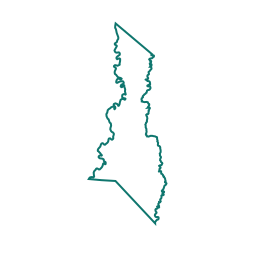 outline of Puerto Leguízamo, Putumayo, Colombia, rotated 238°
{"feature_id": "7082276B4639527364844", "entity_name": "Puerto Leguízamo", "entity_type": "district", "adm_level": 2, "iso_a3": "COL", "parent_name": "Colombia", "parent_adm1": "Putumayo", "projection": "robinson", "projection_center": [-74.996, 0.082], "detail": "fine", "context": "isolated", "style": "outline", "palette": "teal", "viewbox_px": 256, "rotation_deg": 238, "n_neighbors": 0, "source": "geoboundaries", "source_scale": "gbopen_adm2", "svg_char_len": 5966}
<svg xmlns="http://www.w3.org/2000/svg" viewBox="0 0 256 256"><g transform="rotate(238 128 128)"><path d="M223.2,172.9L221.4,171.3L219.8,170.2L218.1,170.1L214.6,168.8L210.2,167.9L209.5,167.5L208.7,166.9L208.0,165.3L206.9,164.3L206.7,163.4L206.7,162.0L206.4,161.4L205.7,161.1L204.3,161.9L203.6,162.0L203.3,161.8L201.3,158.2L200.8,157.6L199.4,157.4L198.2,157.9L197.8,158.5L197.0,160.3L196.1,160.6L195.3,160.4L194.5,159.8L194.3,156.9L194.0,155.8L193.5,155.3L192.8,155.1L192.1,155.3L191.8,157.1L191.4,157.7L190.7,157.9L190.2,157.6L189.0,156.8L187.0,154.9L186.4,154.7L186.1,154.4L186.3,152.2L187.8,150.8L188.2,150.2L188.0,149.0L187.8,148.8L187.1,148.7L185.9,149.3L185.0,149.4L184.4,148.9L183.3,147.1L182.7,146.5L181.8,145.9L180.7,145.6L179.4,146.1L176.8,146.3L175.7,146.9L174.6,148.0L173.7,148.6L173.2,148.7L173.0,148.4L173.1,147.7L174.8,146.2L175.1,145.6L175.1,144.8L174.7,143.9L174.0,143.0L173.2,142.3L172.5,142.3L172.0,142.9L171.8,145.7L170.8,147.8L170.1,148.5L169.0,148.5L168.4,148.2L168.0,147.5L168.2,145.3L167.8,144.5L167.2,143.9L166.2,144.0L165.9,144.5L165.9,145.2L166.8,146.5L166.6,147.2L166.1,147.4L165.1,146.8L162.3,146.1L160.6,144.8L157.8,143.9L157.7,143.5L158.7,142.8L159.0,142.3L159.1,141.5L159.1,140.9L158.6,140.3L157.9,139.8L156.8,139.3L156.5,139.3L154.6,141.2L154.1,141.3L153.7,140.8L153.7,140.3L154.0,140.0L155.0,139.6L155.4,139.2L155.8,138.1L155.8,136.7L154.1,134.7L152.7,133.5L151.9,132.3L151.8,131.8L152.1,131.5L153.5,131.7L154.3,131.4L155.6,130.3L155.8,128.8L155.6,128.4L154.6,127.9L152.9,128.3L152.3,128.2L151.4,127.6L151.1,126.7L151.6,126.5L152.4,127.2L153.0,127.4L153.8,127.0L154.2,126.4L154.5,124.7L154.2,123.3L154.2,121.6L153.8,120.2L151.9,118.4L151.6,117.5L150.9,116.8L149.2,116.0L146.6,115.7L145.9,116.1L145.5,116.1L142.6,115.4L141.7,115.5L141.2,115.8L140.6,115.7L138.9,114.9L137.3,113.1L136.3,112.3L134.4,112.0L133.3,112.2L132.1,112.9L130.8,113.0L130.1,112.6L128.4,110.7L127.1,110.1L126.6,109.3L126.5,108.4L126.9,107.9L128.6,107.4L129.0,106.8L129.1,106.2L128.7,105.5L127.4,104.4L126.8,103.6L126.4,102.6L126.3,101.2L126.0,99.8L126.1,99.5L126.6,99.0L128.1,98.7L128.7,98.2L128.8,97.4L128.5,96.5L126.9,94.6L126.3,92.4L125.9,91.4L125.3,90.7L124.6,90.3L124.3,90.3L123.7,90.7L122.6,90.8L121.5,91.1L120.3,91.1L119.1,91.4L118.7,91.3L118.6,90.9L119.4,90.0L119.6,89.0L119.5,88.3L119.0,87.7L118.1,87.7L117.5,87.9L117.1,88.2L115.6,90.0L114.6,90.6L114.1,90.7L112.9,90.1L112.4,90.1L111.2,90.8L110.7,90.8L110.1,90.5L109.4,90.0L109.3,89.7L109.5,89.3L110.8,89.0L111.0,88.7L111.0,88.4L110.7,87.7L109.8,86.9L108.8,85.5L108.3,84.1L107.9,82.1L108.2,81.4L109.8,80.6L110.3,79.9L110.3,79.4L109.9,78.8L109.2,76.3L108.3,75.2L106.1,74.1L105.0,73.7L104.6,73.2L104.6,72.5L105.6,71.3L106.2,69.8L106.1,68.9L105.5,67.7L97.8,77.9L89.7,89.3L32.8,100.5L33.7,101.0L34.1,101.6L34.8,103.8L34.5,104.9L34.6,105.5L35.4,106.3L36.1,106.5L36.7,106.2L37.3,104.9L37.9,104.5L38.4,104.3L39.5,104.4L40.3,105.0L40.6,105.8L40.6,106.4L41.0,107.3L41.7,107.5L42.4,107.3L44.0,107.8L44.5,108.5L44.5,109.1L44.2,109.6L44.8,110.8L45.1,111.1L45.9,111.1L46.0,111.5L45.9,111.7L44.5,111.5L44.3,111.6L44.2,112.1L44.4,112.5L45.0,112.6L45.4,113.0L47.3,113.3L47.6,113.5L48.1,114.7L48.6,115.0L48.2,115.3L48.0,115.9L48.5,116.9L49.7,117.0L50.2,117.3L50.5,117.7L50.6,118.7L50.8,119.0L52.0,120.1L52.8,120.3L53.0,120.6L53.1,121.3L52.4,122.2L52.5,122.9L53.0,123.0L53.9,122.5L54.4,122.6L54.6,123.1L54.4,124.4L54.9,124.8L55.4,124.6L55.6,124.3L55.7,123.7L56.3,123.2L56.8,123.4L57.6,125.9L59.6,128.2L59.8,128.6L59.7,129.6L59.9,130.0L60.3,130.9L60.7,131.3L61.3,131.2L62.3,130.6L62.8,130.9L63.0,131.8L64.1,132.0L65.1,132.5L66.3,132.7L67.4,132.4L67.6,132.6L67.7,132.4L68.3,132.6L69.0,132.4L69.9,132.8L70.3,132.6L71.0,132.5L71.7,132.0L73.7,133.1L74.4,132.5L74.6,131.3L74.9,131.3L75.3,132.1L75.9,132.5L76.1,132.8L76.5,132.9L76.8,134.2L77.1,134.6L77.7,134.7L78.8,134.3L79.4,134.4L79.4,135.4L78.8,136.7L79.7,138.3L80.4,138.5L81.7,138.0L82.8,138.3L83.6,138.1L84.7,138.9L85.4,140.1L85.8,140.5L86.1,140.6L87.7,140.5L88.8,141.2L89.4,141.3L90.1,142.7L90.7,143.2L91.9,143.9L94.1,144.7L94.5,145.1L95.2,145.2L95.9,145.1L97.1,144.2L97.8,144.3L99.5,145.7L101.2,145.8L101.4,146.3L101.9,146.5L102.7,146.6L104.6,147.6L105.1,147.6L105.7,147.0L106.6,146.5L107.4,145.5L108.7,144.2L109.0,143.5L109.4,143.0L109.8,140.9L110.1,140.6L110.7,139.8L111.0,140.0L112.0,139.6L112.5,139.7L112.8,140.0L113.3,139.9L114.0,140.6L114.1,141.0L115.3,142.0L116.2,142.3L117.4,143.1L119.1,143.3L120.7,144.3L121.7,144.5L122.3,145.6L123.0,146.2L123.0,146.7L123.2,147.2L123.8,147.8L124.4,148.0L125.9,149.5L127.7,150.2L128.6,150.1L129.5,150.4L129.7,151.3L129.2,152.3L129.5,153.1L130.8,153.9L131.3,154.6L132.0,154.8L132.0,155.2L132.7,156.1L133.0,156.3L133.0,156.6L133.3,157.1L133.7,157.1L134.1,156.9L134.7,155.6L134.8,156.1L135.2,156.1L136.0,157.9L136.9,158.6L137.2,158.6L137.8,158.2L139.4,158.4L139.7,158.0L140.1,157.8L140.8,156.6L141.1,155.8L143.2,153.7L143.4,153.8L143.5,154.3L143.9,154.5L144.4,154.4L145.0,154.5L145.9,155.3L145.9,155.9L146.2,157.0L147.0,157.2L147.3,157.9L147.5,159.0L147.8,159.5L147.8,161.0L148.2,161.9L148.1,162.4L149.6,164.0L149.6,164.8L149.1,166.4L149.3,167.2L150.0,168.3L151.3,168.7L152.0,168.6L152.2,168.4L152.2,168.0L152.4,167.4L153.0,166.8L153.5,166.7L153.7,167.0L153.7,167.8L153.6,168.5L153.0,169.2L153.1,169.6L153.2,169.8L154.0,170.0L154.3,170.5L155.8,170.9L156.4,170.7L157.3,169.8L157.5,169.4L158.6,169.2L159.6,168.7L159.7,169.0L159.0,170.4L159.2,171.2L159.8,171.6L161.2,171.6L162.0,172.1L162.4,172.7L162.4,173.7L162.6,174.3L163.2,174.6L164.0,174.8L164.6,175.2L164.8,176.6L165.2,177.3L165.6,179.0L166.2,179.6L167.6,179.9L168.2,179.1L168.6,180.3L168.5,180.6L168.4,180.6L168.4,180.9L169.4,181.6L170.1,181.3L170.3,180.3L171.1,180.6L171.3,180.8L171.3,182.1L172.3,183.0L172.7,183.0L173.4,182.2L173.9,182.4L174.8,182.4L174.8,182.9L175.2,183.1L174.8,184.5L174.5,185.0L174.5,185.8L174.9,187.2L174.8,187.7L175.3,188.2L175.7,188.3L176.1,188.0L177.3,186.4L177.6,186.5L177.9,187.5L223.2,172.9Z" fill="none" stroke="#0f766e" stroke-width="2"/></g></svg>